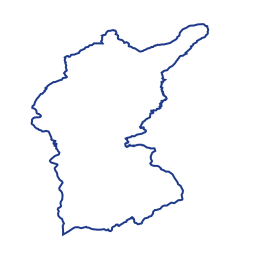 the district of Port-Berge (Boriziny-Vaovao), Sofia, Madagascar, rotated 261°
{"feature_id": "10022922B55197674782137", "entity_name": "Port-Berge (Boriziny-Vaovao)", "entity_type": "district", "adm_level": 2, "iso_a3": "MDG", "parent_name": "Madagascar", "parent_adm1": "Sofia", "projection": "equal_earth", "projection_center": [47.778, -15.801], "detail": "fine", "context": "isolated", "style": "outline", "palette": "blue", "viewbox_px": 256, "rotation_deg": 261, "n_neighbors": 0, "source": "geoboundaries", "source_scale": "gbopen_adm2", "svg_char_len": 5851}
<svg xmlns="http://www.w3.org/2000/svg" viewBox="0 0 256 256"><g transform="rotate(261 128 128)"><path d="M216.2,222.2L216.7,220.5L218.3,219.5L218.9,218.2L219.4,213.0L218.9,209.0L219.3,206.1L219.2,204.2L218.1,202.1L216.8,197.4L214.0,194.1L211.2,193.2L210.0,190.8L209.2,190.7L208.1,189.5L206.3,184.7L205.4,183.1L204.9,176.3L205.3,173.9L205.1,172.3L205.6,170.2L205.2,169.3L205.3,168.3L205.0,168.0L205.1,166.9L204.1,165.4L204.4,163.7L203.8,162.9L203.5,161.0L203.5,159.7L202.7,158.1L202.4,156.1L201.7,154.7L201.6,151.9L202.1,151.1L205.6,147.3L206.0,145.8L207.9,143.6L208.5,141.7L209.0,141.5L210.9,142.1L212.4,140.9L213.0,139.8L212.6,137.6L213.9,137.4L216.0,135.7L216.3,134.3L217.4,132.4L217.8,132.1L219.0,132.1L219.6,132.5L220.8,132.6L221.8,131.9L222.6,130.5L224.2,131.5L226.0,130.9L226.4,130.2L226.3,129.7L227.1,128.6L226.8,125.6L227.0,123.5L225.9,121.8L223.6,120.2L223.6,118.2L223.3,116.7L222.6,117.1L220.7,116.4L219.7,116.4L219.0,116.2L217.9,115.0L215.5,116.1L216.9,107.5L215.5,105.6L215.7,103.0L214.2,101.2L214.4,99.2L213.9,98.2L213.0,97.6L211.9,93.0L211.5,92.8L211.0,91.9L209.9,91.5L209.2,87.6L208.9,86.7L209.2,83.5L208.9,82.9L207.8,82.2L207.5,81.6L207.7,80.5L208.4,80.0L208.6,79.0L207.6,76.5L206.5,76.9L205.7,76.3L203.9,76.1L202.5,76.8L202.0,76.2L199.2,76.8L197.5,76.0L194.6,76.6L194.1,76.3L193.9,75.3L192.2,73.4L191.3,74.0L190.3,74.1L188.4,75.5L187.8,75.5L187.5,74.7L187.5,71.5L186.1,70.3L185.6,66.6L184.8,63.4L185.0,61.7L183.2,57.2L182.2,55.3L181.1,54.2L180.4,52.8L179.5,53.6L178.1,51.7L177.8,52.0L177.6,51.9L175.3,48.8L175.3,47.3L175.0,46.9L171.8,43.6L171.3,42.7L168.0,40.1L165.5,39.0L164.5,37.1L162.8,36.6L161.8,38.5L160.7,39.6L159.7,40.2L157.5,40.1L156.7,40.4L156.3,40.8L155.6,42.5L154.0,43.8L153.3,43.8L152.8,43.4L152.5,42.4L153.0,37.4L152.3,35.6L151.2,34.5L149.0,34.1L147.9,33.5L146.9,33.7L145.5,35.3L143.6,36.1L141.9,37.6L141.1,39.2L140.2,39.6L139.2,41.9L138.0,42.7L137.7,44.5L138.0,46.3L137.2,48.5L136.6,49.2L130.8,50.7L129.8,50.9L128.6,50.4L127.8,51.3L126.6,54.2L126.2,54.1L125.7,52.6L124.3,52.0L123.7,52.4L124.0,54.3L123.5,54.9L122.9,54.7L122.2,53.1L121.9,52.8L121.0,54.3L118.9,53.8L118.0,54.8L116.3,55.2L114.5,56.4L112.7,55.6L111.8,51.4L109.2,47.1L108.3,46.1L107.7,45.7L106.4,46.3L105.7,47.1L103.8,51.3L103.2,52.4L102.7,52.6L102.0,52.2L100.1,49.5L99.2,49.2L97.3,49.7L94.5,50.9L92.0,50.8L90.9,51.0L87.4,52.5L85.9,54.2L85.0,54.7L84.1,54.8L80.2,51.2L79.0,50.6L77.5,50.8L75.8,52.2L74.7,52.6L72.2,52.9L67.8,51.9L65.6,50.1L64.2,49.5L61.5,49.7L60.5,48.9L59.7,46.5L58.7,45.9L56.7,46.6L54.3,45.5L52.2,45.5L50.1,46.8L48.4,48.7L46.1,49.0L43.8,49.8L41.5,48.2L37.1,47.9L32.9,47.2L35.3,53.4L37.7,58.5L38.2,60.4L38.1,61.2L37.8,63.2L36.6,65.6L36.4,66.4L36.9,71.3L36.1,72.0L35.7,73.8L34.1,76.1L33.5,77.6L32.3,82.1L31.8,85.8L31.9,88.5L30.4,90.4L30.4,91.9L30.9,92.4L30.9,92.7L29.5,93.2L29.1,93.7L28.9,94.8L29.5,95.8L30.1,96.3L31.8,96.6L32.4,97.1L33.4,100.1L34.3,101.0L34.4,102.3L34.1,102.8L33.0,103.1L32.7,103.6L32.7,104.2L33.7,105.4L34.2,107.1L35.4,109.4L35.5,111.4L35.8,111.9L37.0,112.2L38.2,116.0L39.3,118.0L39.0,118.4L38.3,117.8L38.0,117.9L37.9,118.9L37.5,119.5L35.5,119.7L34.6,119.4L33.3,120.0L32.9,121.3L31.5,122.6L31.3,123.5L31.7,125.0L31.5,126.2L31.8,126.7L33.5,127.6L35.9,130.0L36.2,131.0L36.3,133.5L37.2,135.0L37.4,137.2L37.7,137.7L39.2,138.8L39.5,139.3L40.9,139.6L41.8,140.2L42.8,141.8L42.6,143.3L43.1,146.9L43.5,147.8L44.8,149.0L45.6,150.8L45.7,152.1L45.3,154.2L47.4,158.7L47.4,159.7L46.7,161.1L46.6,162.2L48.7,166.2L48.8,167.3L48.5,168.0L48.8,170.4L49.3,170.7L53.7,170.5L55.1,171.7L57.6,172.5L62.6,170.9L64.8,168.6L66.8,168.4L70.8,166.4L75.3,164.7L78.4,161.6L78.8,160.3L79.0,158.6L80.8,156.5L81.8,154.5L82.3,154.1L82.9,154.3L83.2,154.1L83.6,153.6L84.8,152.8L85.8,151.5L86.7,147.2L88.1,145.0L89.6,144.5L90.1,145.4L91.6,146.6L93.9,145.7L95.0,146.0L96.0,145.8L99.5,147.9L100.2,148.8L101.2,151.4L103.7,151.0L104.3,147.0L104.8,146.5L105.9,143.4L108.6,140.6L108.6,139.3L109.4,138.7L109.5,137.9L109.9,135.3L109.4,131.6L109.1,130.9L109.3,130.4L109.8,130.6L110.0,128.3L110.4,127.5L110.3,126.9L110.9,126.9L110.3,125.3L109.6,124.8L109.5,123.8L110.6,122.8L112.9,122.8L113.1,123.1L113.6,125.8L114.3,126.2L115.6,125.2L117.0,125.3L117.6,124.1L118.0,124.0L118.4,125.6L118.6,129.4L119.4,130.5L118.9,132.2L118.9,133.3L120.0,135.6L120.2,140.9L120.8,142.6L121.1,144.1L121.7,145.0L122.3,145.3L122.9,145.2L124.4,143.4L125.5,143.7L126.2,143.5L126.3,142.9L125.9,142.2L126.0,140.5L127.2,140.0L127.6,141.0L129.4,141.8L130.3,143.0L131.3,143.1L132.0,144.1L132.2,145.3L133.8,147.2L135.1,151.4L138.8,152.4L139.0,153.1L138.7,154.6L139.0,155.3L139.6,155.3L140.6,154.7L141.5,152.9L141.5,153.9L141.1,154.6L141.6,156.2L141.1,156.9L141.0,158.3L141.7,159.3L142.3,159.5L142.1,160.2L142.3,160.6L142.1,161.7L142.7,163.0L142.8,163.2L144.0,162.4L144.6,163.0L144.5,164.2L145.6,163.9L145.6,164.6L145.8,164.6L145.8,164.1L146.6,163.5L146.8,164.0L147.2,163.8L147.6,164.4L147.7,165.3L148.1,165.8L148.5,165.2L149.0,165.6L149.4,165.5L149.5,167.6L150.1,168.4L149.8,169.3L150.3,169.5L150.5,170.4L151.1,170.8L152.9,170.3L154.4,168.6L155.4,168.6L155.6,167.9L156.5,168.1L157.2,167.7L157.5,168.2L158.1,168.3L159.2,167.3L159.9,167.7L160.7,167.1L162.2,168.3L162.6,168.0L162.6,167.3L163.3,166.8L165.1,167.7L165.4,168.1L166.6,168.1L167.2,168.9L167.6,168.6L167.8,169.2L168.4,168.8L168.6,169.8L169.8,172.1L170.5,170.5L171.6,169.7L172.1,170.4L173.9,170.4L177.3,169.8L177.7,170.3L178.0,171.4L178.8,172.3L179.0,175.8L181.4,178.6L182.3,181.5L184.8,184.8L186.6,186.3L187.5,187.5L188.2,187.8L188.6,188.7L189.5,189.3L190.9,190.9L190.9,194.1L191.7,195.1L192.4,198.4L192.5,197.6L193.3,196.8L196.9,202.5L197.9,203.2L198.7,202.9L199.1,204.3L199.8,205.3L200.8,205.7L201.9,209.2L203.3,209.8L203.6,211.1L204.2,212.2L204.5,213.9L205.3,214.8L205.6,217.6L206.0,218.5L207.6,219.7L208.0,220.8L209.0,221.7L210.6,221.7L212.0,222.5L213.5,222.5L215.0,222.0L216.2,222.2Z" fill="none" stroke="#1e3a8a" stroke-width="2"/></g></svg>